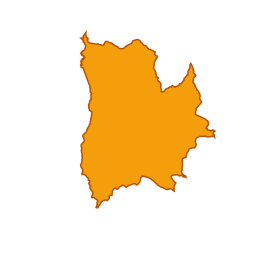 Chiconcuautla, Puebla, Mexico (orthographic projection), rotated 116°
{"feature_id": "50627088B56968228277870", "entity_name": "Chiconcuautla", "entity_type": "district", "adm_level": 2, "iso_a3": "MEX", "parent_name": "Mexico", "parent_adm1": "Puebla", "projection": "orthographic", "projection_center": [-97.965, 20.086], "detail": "fine", "context": "isolated", "style": "filled", "palette": "amber", "viewbox_px": 256, "rotation_deg": 116, "n_neighbors": 0, "source": "geoboundaries", "source_scale": "gbopen_adm2", "svg_char_len": 5712}
<svg xmlns="http://www.w3.org/2000/svg" viewBox="0 0 256 256"><g transform="rotate(116 128 128)"><path d="M213.5,121.9L213.3,120.6L212.9,120.2L209.8,120.0L208.4,119.6L206.8,119.6L205.6,119.3L203.9,118.2L202.5,116.5L202.2,116.0L202.5,115.5L202.3,115.0L200.6,114.2L200.2,114.1L199.0,114.2L197.5,115.3L196.7,114.9L195.8,113.4L195.3,112.9L193.2,113.8L191.5,114.2L189.8,114.3L188.6,114.0L187.5,113.0L187.9,111.9L187.7,111.0L187.2,110.4L186.6,110.1L184.6,109.8L183.2,108.6L181.7,107.8L181.6,105.9L182.1,104.0L181.4,103.4L179.1,101.9L177.5,100.2L176.1,99.2L175.4,97.9L174.9,97.3L175.0,96.6L175.4,96.0L175.5,95.4L175.1,95.0L173.6,94.1L172.3,93.9L170.2,93.9L167.5,94.7L166.4,94.4L165.5,94.4L164.7,94.2L164.9,93.3L164.5,93.1L164.6,92.2L164.3,91.6L163.7,88.6L163.7,86.2L163.6,85.8L164.2,83.6L164.2,82.0L165.6,78.1L165.6,77.4L166.2,76.9L166.6,72.7L166.5,71.5L166.2,70.8L166.5,66.9L166.3,66.4L166.1,65.7L164.3,63.8L163.9,63.2L163.9,62.0L164.4,59.8L164.4,58.8L163.3,59.4L162.8,59.9L159.5,61.2L156.4,60.9L156.1,62.5L155.0,65.0L154.4,65.9L153.5,67.4L152.7,68.1L152.2,68.1L150.6,66.9L148.4,63.1L148.6,61.3L148.5,60.8L146.9,58.7L147.6,57.2L147.5,56.0L146.8,55.2L146.9,54.2L146.3,54.6L145.9,55.5L145.8,55.9L146.2,57.1L145.8,57.6L145.7,58.8L144.8,60.0L143.8,60.8L142.8,61.1L142.1,60.9L139.8,62.1L137.6,62.7L136.2,63.4L135.6,63.9L133.8,64.5L133.8,64.8L133.6,65.0L133.1,65.0L131.8,65.7L130.9,64.7L130.6,64.9L129.7,64.0L129.3,63.1L129.1,63.0L125.0,63.9L123.6,63.9L121.3,63.6L120.2,64.0L118.2,62.1L117.8,61.8L117.0,60.6L116.7,59.4L114.7,59.2L113.2,59.3L110.7,61.6L110.0,61.9L108.0,62.1L106.5,61.8L103.7,59.5L103.3,58.6L103.1,57.6L101.4,55.0L101.2,53.0L101.0,52.1L100.1,50.7L99.6,50.3L98.4,48.4L97.7,47.8L98.3,46.3L96.0,47.9L96.1,48.5L95.7,49.3L93.9,49.4L93.3,48.8L92.7,48.5L92.5,50.3L92.5,50.8L94.5,52.3L94.3,53.0L94.4,54.4L94.8,55.1L94.8,55.4L94.0,56.4L93.9,56.7L94.2,57.3L93.9,57.6L93.4,57.8L91.8,57.2L91.2,57.7L90.2,57.2L89.5,57.4L88.9,57.3L87.2,58.8L86.6,59.9L86.3,61.7L86.2,63.6L86.1,70.7L86.4,73.4L83.6,74.4L81.5,74.8L81.1,75.5L73.1,73.2L72.5,73.3L71.3,74.9L71.0,75.1L70.8,75.8L70.2,76.6L69.8,76.8L68.5,76.8L66.9,77.7L65.4,79.2L65.2,79.7L64.0,80.8L63.5,82.6L62.3,84.0L61.4,85.7L60.4,86.2L58.9,88.2L59.0,88.4L58.4,89.8L58.1,90.0L56.3,90.1L56.1,90.4L54.7,90.9L53.1,90.6L52.1,90.1L51.8,90.5L51.1,90.3L50.7,91.1L50.3,91.2L50.0,92.6L49.8,93.2L49.4,93.5L48.5,93.4L48.2,93.6L47.9,93.9L47.6,94.7L46.4,95.3L44.3,97.3L43.8,98.2L42.5,99.8L44.3,99.9L45.7,99.1L46.9,98.7L50.7,98.9L52.8,97.9L53.7,97.6L54.6,98.2L56.0,98.3L56.7,98.7L58.0,98.8L58.5,99.2L59.3,99.3L59.8,98.8L61.2,98.9L62.0,99.1L63.5,99.3L64.7,99.9L65.4,100.0L65.5,100.6L65.7,101.0L66.7,101.1L67.2,100.9L68.4,101.8L70.6,103.6L70.4,104.2L70.7,105.4L70.4,106.8L72.2,107.1L72.6,107.4L72.7,108.2L73.0,108.6L75.0,109.6L75.6,110.5L76.6,111.0L79.8,111.9L80.9,113.9L80.8,114.1L79.6,114.4L77.9,115.6L77.4,116.2L76.7,116.7L75.8,116.8L75.3,117.3L73.9,117.8L73.0,119.1L72.8,119.7L72.6,121.8L71.3,122.7L70.2,122.6L69.7,122.9L69.5,123.7L69.6,124.6L70.0,125.2L67.3,126.1L67.3,126.8L67.0,127.1L66.1,127.3L65.2,128.0L63.4,130.8L60.7,132.0L59.5,132.4L58.8,132.4L57.5,132.9L56.1,133.0L55.1,133.2L53.9,132.9L51.1,132.8L50.7,133.1L50.5,133.8L50.4,136.1L49.0,136.8L48.3,136.7L47.7,136.9L48.0,137.6L47.6,139.5L47.8,141.2L47.5,142.1L48.0,143.2L48.1,143.9L47.6,144.4L47.5,144.7L47.7,145.3L46.4,147.6L46.5,149.5L46.7,149.8L46.7,150.2L46.4,151.2L45.6,152.5L45.0,154.5L44.1,155.8L44.3,158.3L46.7,161.1L47.6,161.8L49.5,161.8L50.7,162.2L54.7,165.3L58.2,166.7L59.4,167.9L59.3,168.4L60.3,170.4L60.1,171.7L59.6,172.7L59.6,177.1L59.3,177.5L59.1,179.1L59.2,179.6L59.0,179.9L58.9,180.2L59.4,182.0L59.3,184.8L60.0,185.9L61.2,186.3L63.3,186.2L64.2,186.5L64.9,187.2L65.1,188.8L65.8,190.8L65.5,191.7L66.3,193.0L67.0,194.8L68.4,199.9L68.5,201.3L67.4,202.1L67.0,203.1L65.3,202.9L64.4,205.4L62.4,207.0L60.6,207.7L65.5,208.4L66.1,207.7L66.7,207.4L67.9,209.7L68.9,206.5L69.4,206.6L69.6,206.4L69.7,206.0L70.3,205.8L70.5,204.9L70.4,204.5L71.3,203.8L71.4,203.4L72.0,203.1L72.4,202.2L73.6,201.7L76.3,201.4L77.3,201.5L78.8,202.5L80.3,202.9L80.6,203.2L81.0,203.0L81.5,203.2L81.5,202.9L81.9,202.6L81.7,201.9L81.9,201.4L82.6,201.7L82.9,201.4L82.9,200.7L82.5,200.5L82.6,199.3L83.4,198.9L83.3,198.3L83.5,197.8L84.0,197.7L85.0,198.0L84.9,198.7L85.7,199.5L86.1,199.1L85.9,198.8L86.2,198.4L86.5,198.9L87.3,199.1L87.5,199.7L87.9,199.6L88.1,199.0L88.8,199.5L89.6,198.8L89.5,198.6L90.2,198.5L90.3,197.9L91.0,197.7L91.3,197.9L91.5,197.1L92.4,198.0L92.8,197.3L93.7,197.0L93.9,196.6L93.8,194.3L97.0,191.3L105.7,182.2L106.6,180.7L108.5,180.0L109.0,179.4L109.2,178.9L110.3,178.8L111.9,177.8L112.4,177.3L112.6,176.2L113.1,175.8L114.3,175.9L116.6,174.6L117.8,174.3L118.6,173.5L119.8,174.2L120.9,174.2L121.8,173.7L124.4,173.4L124.4,173.6L125.3,173.1L127.1,172.0L128.9,170.4L128.8,169.6L129.4,168.2L129.3,167.9L129.7,167.4L130.0,167.2L132.6,166.5L132.8,166.1L136.1,165.5L136.9,165.1L139.5,164.5L141.2,163.9L141.6,164.3L142.8,163.7L145.9,164.3L150.4,163.8L151.9,164.7L153.9,165.2L155.4,165.1L156.3,163.5L158.9,161.5L163.8,162.7L165.2,161.8L166.5,160.6L168.7,160.1L170.9,158.4L171.7,157.6L172.6,157.5L173.4,157.0L174.4,156.2L176.0,155.9L178.2,154.7L180.2,154.3L181.7,154.5L182.3,154.3L183.9,152.7L184.4,151.4L184.9,150.9L186.7,149.8L188.7,149.3L189.2,149.5L189.9,148.7L188.8,146.8L189.6,144.2L190.3,143.0L190.7,141.5L192.4,140.8L192.4,139.0L193.1,138.6L194.9,139.1L196.1,137.7L196.2,136.7L196.4,136.0L197.0,136.0L197.8,136.4L198.8,135.7L199.9,134.0L200.9,131.9L201.6,131.3L202.2,131.0L203.8,130.5L205.3,130.6L206.0,130.6L206.4,130.4L206.6,129.9L205.3,128.0L205.9,126.7L206.1,124.4L206.4,123.4L207.5,122.9L208.3,123.3L208.6,123.2L210.1,122.1L210.7,122.3L212.0,121.7L213.3,122.1L213.5,121.9Z" fill="#f59e0b" stroke="#b45309" stroke-width="1.5"/></g></svg>